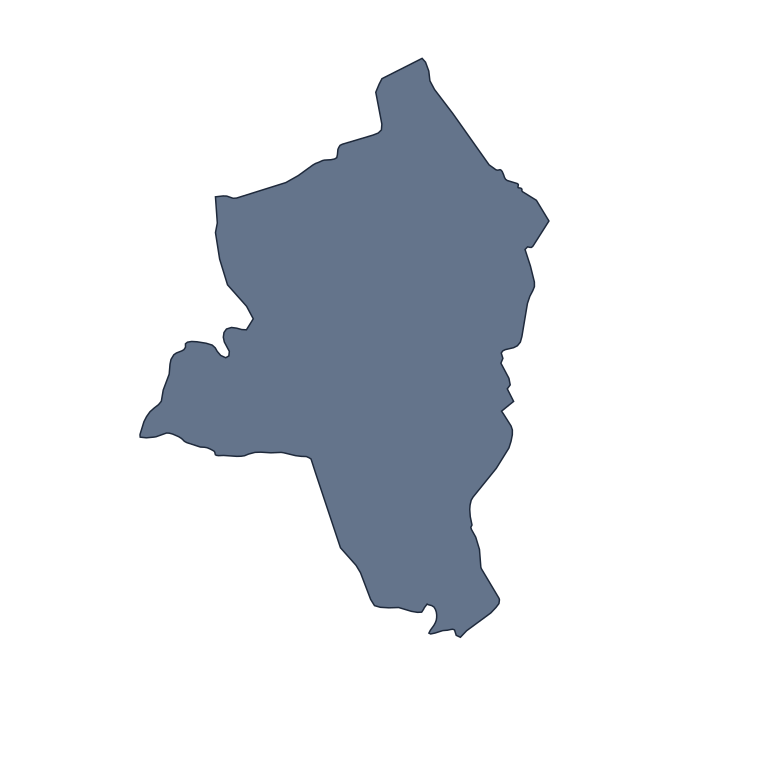 SVG path tracing the border of Wasit, rotated 235°
{"feature_id": "IRQ-3227", "entity_name": "Wasit", "entity_type": "Province", "adm_level": 1, "iso_a3": "IRQ", "parent_name": "Iraq", "parent_adm1": "", "projection": "natural_earth1", "projection_center": [45.642, 32.719], "detail": "fine", "context": "isolated", "style": "filled", "palette": "slate", "viewbox_px": 768, "rotation_deg": 235, "n_neighbors": 0, "source": "natural_earth", "source_scale": "10m", "svg_char_len": 2919}
<svg xmlns="http://www.w3.org/2000/svg" viewBox="0 0 768 768"><g transform="rotate(235 384 384)"><path d="M480.3,153.8L481.2,154.3L481.9,154.7L482.7,155.3L490.8,165.7L493.5,170.8L495.5,176.4L496.2,182.4L496.4,187.4L497.6,191.7L505.7,199.7L515.3,213.7L523.0,220.1L526.3,223.6L528.5,228.6L528.5,231.7L527.1,237.4L526.9,239.8L528.0,242.5L530.8,244.4L531.0,247.0L529.2,250.8L525.9,255.0L519.4,261.7L514.4,265.6L510.4,266.5L506.4,266.1L501.1,266.6L496.3,269.4L496.0,273.0L499.4,276.0L510.0,277.3L514.5,279.2L518.0,282.5L519.4,286.5L517.8,291.5L514.2,295.4L510.2,298.7L507.3,302.4L512.4,314.3L526.5,316.0L555.0,312.7L580.6,321.0L604.7,332.8L611.5,339.8L634.0,353.3L630.3,360.1L628.1,363.0L622.7,366.9L620.9,369.8L605.3,419.1L603.9,433.3L604.2,451.3L603.9,454.5L603.1,457.5L602.3,461.8L601.6,463.6L598.2,469.1L596.7,472.5L596.5,475.1L598.6,477.4L602.6,480.8L603.7,482.6L604.7,484.9L604.3,487.5L594.2,517.8L592.9,523.2L593.6,527.6L598.1,531.3L627.7,544.6L632.4,552.0L635.3,557.5L628.9,602.0L623.8,602.6L614.7,600.2L606.0,595.5L596.3,594.3L566.1,595.5L503.2,595.8L495.2,598.6L493.9,599.8L493.0,602.0L491.9,602.6L490.2,602.7L486.4,601.9L484.2,601.2L482.0,601.0L480.0,601.7L471.7,608.2L470.5,608.5L469.3,607.6L468.7,606.8L468.0,606.5L467.4,606.9L466.3,608.1L465.4,608.7L464.4,608.7L463.3,607.8L462.0,607.8L447.1,614.2L422.9,612.6L411.5,585.1L411.3,583.2L412.2,581.9L414.0,580.3L413.3,576.7L396.6,571.6L381.3,565.7L377.5,563.1L375.1,559.4L372.2,553.8L367.7,547.7L343.7,524.1L340.1,519.7L338.8,515.2L339.4,511.0L342.6,503.0L343.0,500.3L342.1,497.8L336.8,496.1L334.0,491.7L317.0,489.6L310.9,486.9L309.3,482.2L295.4,480.2L295.0,474.0L294.3,464.7L291.2,464.7L276.7,464.0L272.7,462.8L268.8,460.0L264.2,455.2L259.9,449.6L250.5,427.6L240.3,392.1L238.8,388.8L235.5,385.1L232.1,382.3L225.9,378.6L218.0,375.2L216.8,372.9L214.7,372.2L205.9,371.3L193.7,367.3L178.3,358.2L176.7,357.8L142.5,355.3L141.0,354.8L139.9,353.8L138.2,352.2L136.7,347.5L135.2,340.2L134.5,310.2L132.7,301.3L136.7,299.0L142.1,300.7L142.8,300.3L143.8,299.5L144.7,297.7L145.9,294.8L148.3,290.7L150.7,283.0L152.5,278.8L154.2,277.9L155.7,280.7L157.7,286.5L159.0,289.1L160.5,291.3L162.4,293.1L164.6,294.7L167.1,296.0L169.8,296.8L172.6,297.0L175.1,296.0L177.9,293.6L179.0,293.1L177.6,288.7L176.8,287.3L175.5,284.0L177.7,280.5L182.0,276.1L192.5,267.8L197.8,259.7L203.2,252.9L207.9,249.1L215.2,249.5L242.9,256.5L251.4,257.1L274.8,254.4L350.4,276.9L364.4,281.2L366.4,280.4L369.1,278.8L372.2,274.7L376.1,270.4L385.3,262.3L387.0,260.5L392.5,251.9L398.8,244.0L402.0,239.1L404.3,232.8L405.2,228.7L406.8,225.5L409.1,222.0L417.5,211.6L420.2,207.4L421.6,205.9L422.7,205.3L423.7,205.6L424.7,206.1L425.6,206.3L426.7,206.2L430.3,204.4L433.2,202.6L435.2,200.6L437.7,197.4L449.0,188.9L450.9,187.9L452.4,187.4L453.7,187.3L455.7,186.8L458.6,185.6L464.3,182.1L466.9,179.9L468.6,177.7L471.5,167.1L472.4,165.2L476.2,158.5L480.3,153.8Z" fill="#64748b" stroke="#1e293b" stroke-width="1.5"/></g></svg>